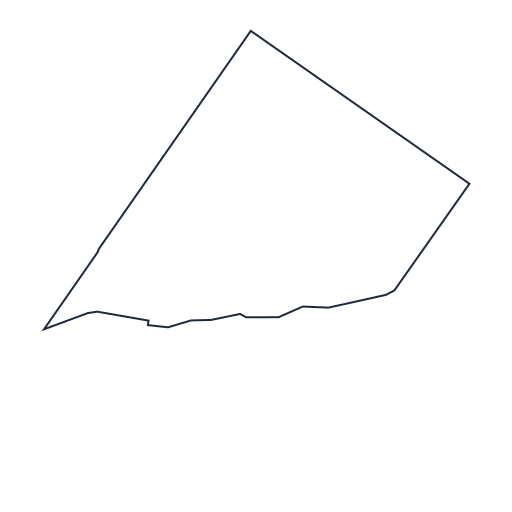 the district of Hamilton, Nebraska, United States of America, rotated 215°
{"feature_id": "52423323B89942881395118", "entity_name": "Hamilton", "entity_type": "district", "adm_level": 2, "iso_a3": "USA", "parent_name": "United States of America", "parent_adm1": "Nebraska", "projection": "equal_earth", "projection_center": [-98.035, 40.936], "detail": "fine", "context": "isolated", "style": "outline", "palette": "slate", "viewbox_px": 512, "rotation_deg": 215, "n_neighbors": 0, "source": "geoboundaries", "source_scale": "gbopen_adm2", "svg_char_len": 417}
<svg xmlns="http://www.w3.org/2000/svg" viewBox="0 0 512 512"><g transform="rotate(215 256 256)"><path d="M388.8,171.2L387.9,168.5L387.6,74.4L361.0,112.8L354.2,119.3L307.0,141.4L304.9,137.4L287.2,147.1L272.3,165.9L256.1,177.9L235.8,199.4L229.0,200.1L202.4,218.8L188.7,241.4L167.0,255.3L127.2,298.8L122.9,307.2L122.6,437.6L125.3,437.6L389.4,437.4L388.8,171.2Z" fill="none" stroke="#1e293b" stroke-width="2"/></g></svg>